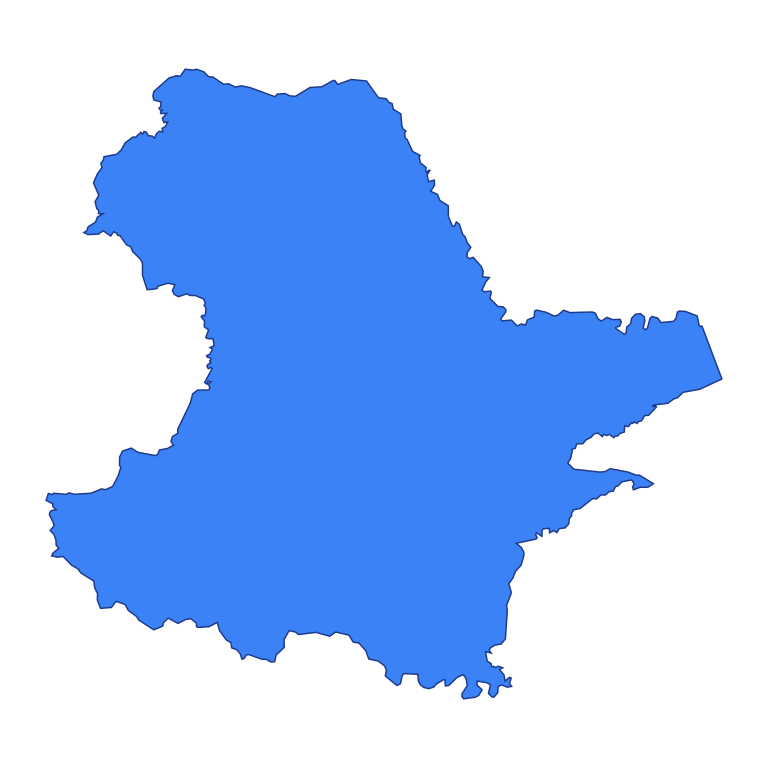 the district of Lérida, Tolima, Colombia
{"feature_id": "7082276B47821274124979", "entity_name": "Lérida", "entity_type": "district", "adm_level": 2, "iso_a3": "COL", "parent_name": "Colombia", "parent_adm1": "Tolima", "projection": "orthographic", "projection_center": [-74.913, 4.869], "detail": "fine", "context": "isolated", "style": "filled", "palette": "blue", "viewbox_px": 768, "rotation_deg": 0, "n_neighbors": 0, "source": "geoboundaries", "source_scale": "gbopen_adm2", "svg_char_len": 6056}
<svg xmlns="http://www.w3.org/2000/svg" viewBox="0 0 768 768"><path d="M511.6,686.4L509.5,683.4L511.2,678.0L509.3,677.4L505.1,681.1L503.9,674.7L499.4,669.7L502.7,667.8L498.4,666.2L495.4,667.6L493.9,666.4L491.7,666.7L491.1,663.6L487.2,661.2L485.6,651.6L491.2,653.1L489.3,650.4L490.3,647.9L494.7,645.2L501.2,644.0L505.4,638.9L507.3,610.4L506.6,605.3L511.4,592.8L508.8,583.7L513.0,577.8L515.5,571.3L521.2,565.0L523.9,555.3L523.8,552.1L521.2,547.3L516.2,543.3L536.2,539.0L537.2,537.7L535.7,534.8L536.4,532.8L542.0,536.3L542.1,530.1L543.4,528.7L549.3,528.4L549.6,532.8L553.7,530.7L556.9,532.5L559.3,528.6L565.1,527.9L568.7,524.0L569.3,518.5L571.6,515.9L571.5,513.4L573.9,509.6L580.1,508.5L592.5,498.7L596.7,498.8L600.9,494.9L605.3,495.0L609.2,491.7L613.3,491.1L615.4,486.7L618.1,485.8L622.0,481.8L631.7,479.9L634.1,483.8L632.6,487.0L633.4,489.8L640.0,487.3L648.0,487.2L653.4,483.7L639.4,475.1L636.1,475.2L627.8,472.0L610.2,468.7L605.1,471.6L600.0,472.1L573.9,469.2L567.8,463.1L570.6,458.7L572.6,449.0L575.3,448.3L576.7,443.9L582.8,443.7L586.1,439.8L591.1,437.3L594.3,433.7L598.0,433.1L602.4,436.6L604.0,434.3L606.5,435.5L609.4,434.4L613.8,437.7L615.1,436.0L617.8,435.9L619.8,433.5L624.3,432.0L624.7,425.9L628.5,426.6L631.3,422.8L632.8,423.4L634.0,421.8L637.1,423.5L638.4,421.5L641.6,420.8L644.6,415.6L648.5,415.3L656.3,407.1L655.9,406.2L652.6,406.4L653.6,405.0L667.8,403.3L673.6,399.0L677.8,397.6L682.9,392.3L699.6,389.3L721.9,379.0L702.0,326.2L700.0,326.4L699.1,325.2L697.1,315.9L685.6,311.5L679.5,311.0L677.4,312.1L676.0,318.2L673.7,321.3L661.1,322.6L657.6,318.0L652.0,316.5L650.0,318.4L647.6,327.6L645.3,329.9L643.2,328.0L644.9,320.4L644.1,316.6L640.4,313.6L635.4,314.3L631.6,318.3L630.7,323.6L626.8,327.1L626.0,333.2L624.0,334.2L615.7,328.4L615.9,327.2L619.7,326.2L621.3,321.9L620.1,319.4L612.5,319.6L606.9,317.4L601.3,321.1L598.0,318.8L595.3,313.2L592.4,312.0L570.0,312.6L563.7,310.2L557.9,315.1L554.3,316.1L545.9,312.2L536.5,310.1L534.7,311.0L534.1,317.2L527.6,319.8L525.5,325.0L521.4,324.0L517.1,325.9L511.4,320.1L501.9,320.9L500.8,318.8L505.8,311.9L505.8,309.5L503.1,306.8L497.9,306.5L489.8,298.3L491.3,292.8L490.7,291.1L484.0,291.7L482.0,290.2L485.9,281.7L489.3,277.6L482.5,276.8L483.2,271.2L481.3,266.5L473.1,257.3L469.7,258.7L467.1,257.2L467.1,252.8L470.8,247.3L467.3,242.7L464.9,236.4L462.9,235.0L459.3,224.2L456.3,222.0L454.4,226.4L452.3,225.8L448.4,216.7L448.3,205.8L439.9,200.5L437.4,194.3L430.6,191.3L434.5,185.3L434.3,180.1L428.5,181.6L427.1,174.7L429.9,170.5L428.4,170.4L426.8,172.3L425.7,171.6L426.1,167.5L420.5,163.0L419.1,157.0L420.1,155.4L412.6,151.4L407.2,139.7L405.2,138.0L404.6,132.9L405.9,130.9L402.8,128.7L401.8,125.4L400.8,113.9L393.3,109.2L392.1,103.6L388.8,102.3L386.3,98.7L378.5,97.8L366.5,81.0L351.3,79.5L337.6,84.4L335.0,80.7L333.3,80.4L321.8,86.8L310.0,87.5L295.5,96.3L290.0,95.9L285.2,93.6L277.3,94.1L274.9,96.7L250.6,87.8L241.6,85.8L235.4,87.1L228.6,83.8L223.5,84.2L213.0,77.1L208.4,76.6L203.8,71.8L196.2,69.2L193.3,70.1L185.2,69.2L180.3,76.3L176.3,75.7L169.0,78.0L153.8,91.5L152.9,96.0L153.8,100.0L160.9,101.9L160.8,106.6L159.0,108.2L160.2,109.9L162.2,110.1L160.5,112.1L160.9,113.6L166.7,113.3L162.3,118.4L163.9,122.6L167.8,121.9L165.4,126.6L162.1,128.3L162.8,132.0L159.3,131.2L156.2,134.1L154.7,138.1L152.2,136.1L148.3,135.7L146.3,132.1L144.1,131.5L142.7,134.1L140.8,132.4L135.5,137.3L133.0,137.0L125.2,142.8L121.5,149.6L116.7,154.3L104.0,156.7L103.3,160.1L100.9,163.3L101.9,167.8L97.5,173.7L93.5,182.8L98.8,195.4L95.1,201.6L96.7,208.6L98.7,210.4L98.5,213.6L103.0,213.7L97.4,217.1L95.6,222.0L88.0,227.0L86.9,230.6L83.9,232.5L88.0,234.6L98.5,234.1L103.2,230.8L110.7,236.0L113.7,231.7L117.0,233.5L117.6,235.3L120.1,235.8L126.7,245.0L130.6,246.6L132.7,251.7L140.2,258.9L142.5,263.1L142.5,275.1L147.1,289.7L154.9,289.0L157.3,288.2L157.4,286.3L168.1,283.2L174.9,284.7L172.4,290.8L174.2,294.3L178.5,296.7L186.6,293.8L189.9,295.4L195.6,295.6L203.7,299.0L205.3,303.4L204.1,305.4L205.9,307.9L205.7,312.7L204.7,315.9L202.3,315.3L201.2,316.9L204.5,320.9L204.3,326.8L208.6,330.0L205.7,337.5L207.8,338.7L213.0,338.7L214.1,345.6L210.0,347.6L212.1,348.7L212.0,350.5L209.5,354.4L206.7,355.6L207.3,357.2L210.5,358.1L210.8,359.7L209.6,361.1L210.8,362.7L207.5,364.7L207.0,366.6L208.3,368.7L211.1,367.5L212.0,368.6L204.7,382.6L207.1,384.2L208.2,381.2L210.9,381.7L208.6,384.0L209.9,388.4L208.5,390.0L197.6,390.1L192.7,393.9L190.2,403.3L177.7,429.3L177.7,433.3L172.3,436.7L171.0,441.5L173.5,445.2L167.4,448.5L159.6,449.9L157.5,454.5L155.3,455.6L137.6,452.2L131.3,448.1L122.5,451.1L119.6,457.0L119.5,465.3L120.9,467.2L118.1,476.0L112.6,486.5L105.5,489.7L101.5,488.9L91.1,493.2L74.5,494.3L69.2,492.9L66.1,494.3L53.6,493.3L52.1,494.7L48.4,493.4L46.1,500.4L52.6,503.6L53.0,506.8L56.3,509.6L51.2,510.7L49.8,512.4L49.4,514.7L53.9,524.0L53.7,526.3L50.2,530.5L53.9,534.3L55.9,539.9L56.2,545.3L58.8,548.2L52.8,553.3L51.7,555.8L57.2,557.2L63.1,556.5L71.5,565.1L78.0,568.9L80.9,573.0L93.8,581.0L94.7,587.9L97.6,593.6L97.3,600.0L100.5,608.3L111.4,607.5L116.0,601.4L122.2,603.3L125.4,604.8L128.3,610.4L136.7,616.6L138.8,620.1L153.8,629.8L162.6,626.2L163.6,622.5L168.2,618.2L178.1,623.4L185.3,619.6L190.9,618.7L196.5,623.3L196.4,626.4L197.7,627.4L208.9,626.7L217.3,622.4L219.5,630.5L226.0,639.6L231.0,642.8L231.7,647.9L236.7,649.7L240.1,653.6L242.0,659.2L244.2,658.4L246.2,655.1L248.5,654.5L261.8,659.2L266.3,659.3L270.8,662.0L274.7,661.7L276.1,655.0L284.2,647.4L284.1,639.7L289.0,630.7L295.4,632.0L298.5,634.5L316.0,632.4L329.8,636.2L335.7,632.0L348.9,635.1L353.2,642.1L359.1,643.1L365.9,650.9L368.8,659.0L378.4,661.1L384.6,665.9L386.4,670.0L385.3,676.0L397.0,685.5L400.5,683.7L402.2,675.6L403.9,673.6L417.9,674.3L418.3,680.7L420.5,684.9L423.8,687.5L429.0,688.6L433.7,687.1L436.5,683.8L444.0,679.5L445.0,680.1L445.3,685.9L448.8,685.5L457.1,677.4L463.2,674.7L466.1,678.5L467.3,685.5L462.0,693.8L462.0,696.9L463.8,698.8L475.0,697.3L478.7,695.5L482.1,689.9L477.0,685.0L477.2,681.1L487.4,682.9L490.4,685.0L488.5,693.5L492.3,697.2L494.1,696.9L497.7,692.8L498.2,686.3L502.0,685.0L507.2,687.2L511.6,686.4Z" fill="#3b82f6" stroke="#1e3a8a" stroke-width="1.5"/></svg>